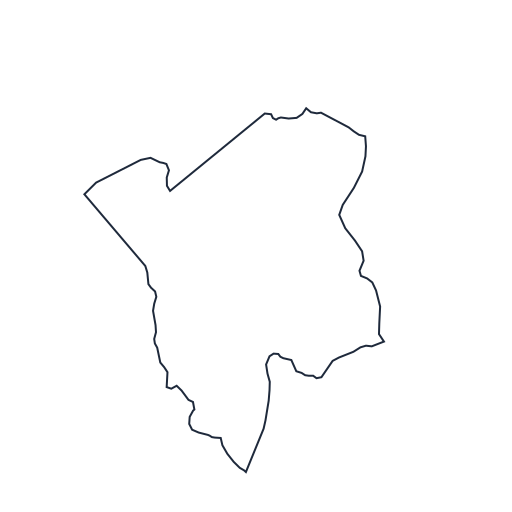 the border of Simiyu, rotated 230°
{"feature_id": "TZA-5585", "entity_name": "Simiyu", "entity_type": "Region", "adm_level": 1, "iso_a3": "TZA", "parent_name": "United Republic of Tanzania", "parent_adm1": "", "projection": "albers", "projection_center": [34.096, -3.023], "detail": "fine", "context": "isolated", "style": "outline", "palette": "slate", "viewbox_px": 512, "rotation_deg": 230, "n_neighbors": 0, "source": "natural_earth", "source_scale": "10m", "svg_char_len": 1516}
<svg xmlns="http://www.w3.org/2000/svg" viewBox="0 0 512 512"><g transform="rotate(230 256 256)"><path d="M164.0,95.4L170.3,96.9L175.4,101.8L178.0,108.5L178.0,110.1L184.7,113.9L189.2,111.8L200.8,112.5L207.6,111.8L208.8,105.8L213.0,103.3L223.9,113.5L229.9,114.2L235.9,114.2L249.3,121.4L254.0,122.3L257.9,124.7L261.9,130.4L267.6,134.6L280.2,141.9L284.9,147.4L288.8,153.4L293.7,155.9L299.2,155.2L303.6,155.5L313.2,162.1L319.5,164.8L413.6,164.2L415.0,180.7L403.7,229.5L399.0,238.3L389.7,242.5L387.0,244.7L384.1,246.5L377.6,244.4L373.5,238.1L367.0,232.9L361.1,232.0L359.5,354.3L354.9,358.7L350.8,357.6L347.5,359.0L347.2,361.6L346.1,364.1L340.3,369.4L335.7,375.9L335.0,382.8L336.9,389.4L330.8,390.5L326.2,394.3L324.0,397.9L294.9,409.7L288.7,411.0L282.6,412.8L277.5,416.6L269.3,410.7L262.0,403.9L252.5,391.6L245.3,374.8L239.4,355.3L234.0,346.2L219.9,342.2L204.1,341.7L191.4,340.3L183.2,335.4L178.2,325.8L173.3,323.6L167.4,326.7L161.0,328.1L152.4,325.8L137.5,318.6L125.2,307.2L117.1,300.0L108.2,299.0L112.4,286.6L116.6,282.6L118.9,277.3L120.0,269.1L124.9,254.3L126.4,247.3L121.1,228.2L123.5,223.8L127.6,222.8L130.2,219.6L133.1,217.0L137.1,215.8L141.8,212.8L153.6,216.2L160.2,211.2L163.2,209.9L166.6,210.1L169.9,206.7L170.5,201.9L166.4,194.0L158.5,189.2L150.8,185.7L144.5,180.1L137.0,172.7L123.9,157.5L118.8,150.8L97.0,109.4L99.4,109.1L104.2,107.4L112.6,106.6L122.9,106.9L132.6,108.6L139.3,112.0L143.3,107.8L145.6,105.8L148.2,105.0L149.8,104.2L157.6,98.6L164.0,95.4Z" fill="none" stroke="#1e293b" stroke-width="2"/></g></svg>